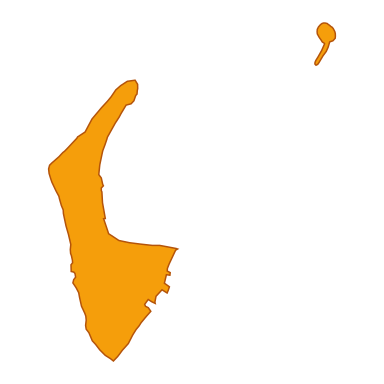 outline of Kolovai, Tongatapu, Tonga
{"feature_id": "48082658B55363984375879", "entity_name": "Kolovai", "entity_type": "district", "adm_level": 2, "iso_a3": "TON", "parent_name": "Tonga", "parent_adm1": "Tongatapu", "projection": "albers", "projection_center": [-175.316, -21.101], "detail": "fine", "context": "isolated", "style": "filled", "palette": "amber", "viewbox_px": 384, "rotation_deg": 0, "n_neighbors": 0, "source": "geoboundaries", "source_scale": "gbopen_adm2", "svg_char_len": 2139}
<svg xmlns="http://www.w3.org/2000/svg" viewBox="0 0 384 384"><path d="M177.6,249.0L176.2,248.5L166.7,246.7L159.6,245.4L152.2,245.4L140.5,244.1L129.4,242.7L118.9,240.5L108.6,233.7L108.0,231.8L106.6,227.6L103.6,218.7L105.3,218.5L102.5,202.7L101.9,191.9L101.3,190.6L101.3,188.0L103.4,185.8L102.7,184.3L102.3,182.5L101.3,178.0L98.8,174.6L98.9,173.4L99.8,164.7L102.4,152.3L102.8,150.6L104.9,145.0L106.8,139.4L107.4,137.2L115.2,123.2L119.1,117.2L120.9,113.8L126.1,105.1L131.1,103.8L133.9,100.8L135.5,96.1L135.9,95.3L137.0,94.1L137.3,90.5L137.7,88.6L137.6,84.3L136.0,81.7L135.1,80.2L127.3,81.3L120.7,85.6L115.8,89.9L111.2,96.7L107.5,101.2L101.4,107.8L92.0,119.0L85.1,132.0L77.6,136.9L76.8,138.3L72.0,143.4L68.3,147.4L64.5,151.3L62.9,152.5L61.1,154.4L59.0,156.7L51.8,163.0L49.6,165.2L48.6,168.9L49.1,173.5L50.7,178.7L51.9,182.2L56.0,190.9L58.9,196.3L59.4,198.6L61.4,205.6L63.2,209.9L63.4,213.5L64.2,217.4L66.0,225.9L68.4,234.2L69.9,240.6L70.8,244.5L70.3,249.6L70.6,253.5L71.4,255.6L72.4,260.2L72.6,262.8L71.0,264.8L71.2,271.5L73.8,272.1L75.0,273.5L75.6,277.2L73.7,279.6L72.9,282.9L76.1,287.7L78.7,292.7L79.6,297.7L81.5,306.2L84.8,313.3L85.8,316.1L86.2,320.2L85.6,325.4L86.2,329.2L88.9,332.7L92.3,340.8L95.6,344.4L99.8,349.9L105.2,355.3L110.4,358.6L113.4,361.0L117.6,356.6L119.9,353.6L122.3,350.3L128.3,343.6L132.7,335.0L136.1,329.5L139.0,326.0L141.1,322.7L146.3,316.4L150.8,311.3L148.3,307.7L145.5,306.3L144.7,304.4L144.8,304.2L148.2,299.5L151.8,301.8L155.2,303.4L154.9,302.1L156.0,296.3L162.0,289.8L167.1,293.0L168.3,290.2L169.4,286.8L164.4,283.2L166.4,274.7L169.9,275.2L170.2,272.6L167.2,271.0L167.4,268.4L168.8,264.8L169.4,263.4L175.6,250.2L177.6,249.0ZM318.1,56.8L315.8,60.5L315.1,62.2L314.9,63.2L315.0,64.2L316.0,65.2L317.7,64.4L318.9,62.7L323.0,55.8L326.2,51.5L328.1,47.3L329.7,41.9L332.9,40.8L335.2,38.3L335.4,36.2L335.3,33.5L334.8,31.6L334.2,30.4L333.2,28.5L332.1,27.2L331.0,26.6L329.7,25.4L328.1,24.3L327.2,23.5L325.0,23.0L323.5,23.0L322.0,23.5L320.5,24.6L318.5,26.9L317.3,29.3L317.1,31.6L317.3,33.9L319.1,37.2L321.2,40.2L322.3,42.0L324.2,43.2L324.6,43.8L321.7,50.4L318.1,56.8Z" fill="#f59e0b" stroke="#b45309" stroke-width="1.5"/></svg>